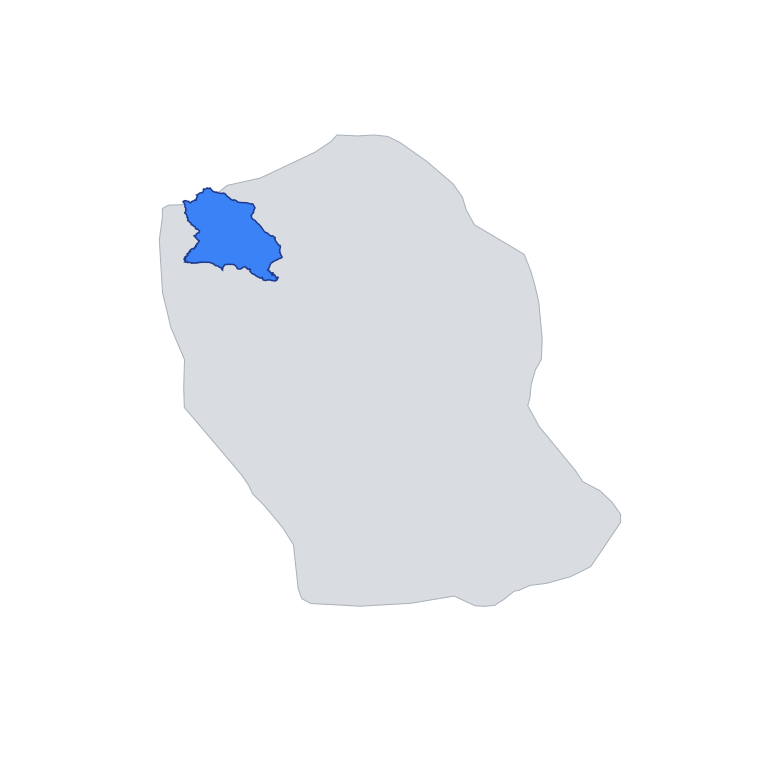 Nqoe, Butha-Buthe, Lesotho shown in context, rotated 292°
{"feature_id": "5366337B84603329335542", "entity_name": "Nqoe", "entity_type": "district", "adm_level": 2, "iso_a3": "LSO", "parent_name": "Lesotho", "parent_adm1": "Butha-Buthe", "projection": "equal_earth", "projection_center": [28.538, -28.865], "detail": "fine", "context": "in_parent", "style": "filled", "palette": "blue", "viewbox_px": 768, "rotation_deg": 292, "n_neighbors": 0, "source": "geoboundaries", "source_scale": "gbopen_adm2", "svg_char_len": 7121}
<svg xmlns="http://www.w3.org/2000/svg" viewBox="0 0 768 768"><g transform="rotate(292 384 384)"><path d="M485.5,513.6L467.8,520.0L465.3,520.6L453.9,519.1L438.8,520.6L426.9,524.2L417.6,525.5L402.5,544.1L375.2,594.3L367.9,604.8L365.9,624.5L359.6,640.1L351.8,652.2L344.2,655.2L321.4,650.4L292.2,644.1L275.1,629.0L259.9,609.1L251.9,594.7L243.5,586.7L240.6,582.3L228.7,575.6L224.2,572.1L220.2,569.7L215.4,560.1L212.5,551.7L213.6,528.4L205.1,514.5L190.6,490.8L181.5,471.4L168.9,444.8L161.2,422.0L153.1,398.5L154.1,388.3L161.6,381.4L183.7,369.5L200.9,360.4L213.1,343.5L226.5,318.4L232.9,303.3L239.4,296.4L246.5,285.7L258.9,262.1L272.7,235.8L287.5,207.6L306.3,199.4L331.9,189.9L356.5,165.3L385.8,144.4L433.2,121.8L455.3,116.1L463.7,112.8L469.1,117.1L474.7,130.0L482.8,140.8L501.4,159.7L509.4,164.2L528.6,192.1L549.2,211.2L573.0,233.1L589.1,244.1L597.3,247.1L604.1,266.6L611.0,281.1L614.9,294.6L614.0,307.8L606.5,340.0L595.5,372.9L586.7,386.6L576.0,395.2L565.5,408.2L561.5,434.5L556.7,465.5L543.1,478.3L532.5,486.6L517.8,496.9L485.5,513.6Z" fill="#d9dde1" stroke="#a8b0b8" stroke-width="1"/><path d="M499.0,198.4L501.4,195.5L501.7,195.0L501.7,194.5L501.7,194.1L501.0,193.2L500.9,191.1L500.6,189.0L500.2,187.5L499.7,186.4L498.0,181.2L498.0,180.3L498.1,179.6L498.6,178.7L498.7,176.5L498.6,176.0L498.4,175.8L497.8,175.8L497.7,175.5L497.9,172.7L498.4,171.7L499.5,167.9L500.6,165.9L500.9,165.2L500.9,163.5L500.2,163.0L499.9,162.6L499.7,160.9L499.0,159.4L499.1,158.3L499.0,157.4L499.0,157.0L499.2,156.6L499.0,156.2L498.7,156.2L498.4,155.1L498.6,154.7L498.6,153.5L498.9,152.3L500.6,149.3L500.4,149.1L499.8,148.9L499.6,148.5L499.6,147.9L499.7,147.5L499.5,147.1L499.5,146.5L498.6,146.2L498.2,145.9L497.7,145.0L497.4,144.0L497.1,143.6L496.7,143.6L496.3,143.7L495.6,144.3L494.2,144.3L493.7,144.0L493.4,143.4L492.9,143.0L492.0,141.6L491.6,141.3L490.3,140.7L490.0,140.3L489.2,140.0L489.0,139.6L488.8,140.1L487.9,140.3L486.8,140.8L486.5,140.6L485.8,140.7L485.1,140.4L484.4,141.0L483.7,140.8L483.7,140.3L483.6,139.5L481.7,138.1L481.4,137.5L480.4,137.2L479.3,136.4L479.4,136.0L480.2,134.5L479.9,134.2L479.9,133.7L479.5,132.6L479.8,131.7L479.3,130.6L478.2,129.5L477.6,129.4L477.3,130.5L476.6,131.1L476.0,131.9L475.5,132.4L474.4,132.9L474.0,132.9L473.6,133.1L472.9,134.2L472.0,134.8L471.5,134.7L471.4,134.9L470.3,135.4L470.1,135.6L468.4,135.1L468.0,135.7L467.7,135.6L467.6,137.1L467.3,137.4L466.4,137.8L465.3,139.1L464.8,138.9L464.6,139.5L464.3,140.0L463.8,140.0L463.6,140.2L462.3,140.6L461.8,141.2L461.9,142.3L461.3,142.9L460.9,144.0L461.1,144.5L460.7,144.9L460.6,145.3L459.5,145.6L459.9,147.0L459.5,147.3L459.2,147.8L459.0,148.9L459.2,149.9L458.9,150.3L457.9,150.6L457.5,151.1L457.3,152.3L457.8,152.7L458.0,153.1L457.2,154.2L457.1,154.9L456.9,155.6L456.1,155.5L455.7,155.6L455.3,156.0L454.8,155.6L454.2,154.7L453.1,153.8L451.9,154.0L450.9,153.6L450.6,152.5L450.2,152.3L449.8,153.5L449.4,154.2L448.8,155.7L448.6,155.7L448.2,156.6L448.2,157.0L447.8,157.5L447.8,158.1L447.6,158.6L447.7,159.0L447.3,159.2L446.9,158.8L446.1,158.9L445.9,158.7L445.6,158.8L445.0,158.8L444.8,158.5L444.2,158.3L443.9,158.0L443.2,158.2L442.5,157.8L442.2,157.8L442.1,157.6L441.4,157.6L441.2,157.7L441.2,158.2L440.8,158.2L440.7,157.8L440.1,157.6L440.0,157.4L439.8,157.5L439.5,157.3L438.9,157.5L438.7,157.4L438.2,157.2L437.9,156.6L438.0,156.4L437.7,156.4L437.5,155.5L437.1,155.0L436.4,154.7L436.1,154.4L435.0,154.0L434.8,154.1L434.8,154.7L434.4,154.9L434.1,154.9L433.9,154.3L433.7,154.3L433.4,153.8L433.1,154.1L432.5,153.8L432.0,153.9L431.9,153.4L431.2,153.1L430.9,152.6L430.7,152.7L430.7,153.2L430.1,153.7L430.0,153.8L429.6,153.3L428.8,153.5L428.5,153.1L428.1,152.8L428.2,152.5L428.1,152.3L427.4,152.0L427.6,152.6L427.4,152.8L426.9,152.5L426.6,152.7L426.3,152.4L425.4,153.3L425.3,153.1L425.2,152.0L425.0,151.8L424.7,151.9L424.5,152.5L423.9,152.8L424.2,153.3L424.0,153.7L423.6,154.0L422.7,153.7L422.8,153.9L423.0,154.6L422.9,154.9L423.1,155.1L422.9,155.1L423.2,155.8L423.0,156.6L423.5,157.0L424.0,157.7L423.9,158.2L424.0,158.4L423.9,158.7L424.1,159.0L424.1,159.5L423.9,160.5L424.3,161.0L424.5,161.3L424.6,161.1L424.7,161.4L424.9,161.5L425.0,162.1L424.8,162.4L425.2,163.1L425.4,163.2L425.4,163.6L425.6,164.2L426.1,164.6L426.0,165.1L426.2,165.4L426.4,165.2L426.7,165.5L426.8,165.8L427.3,166.4L427.2,166.8L427.5,167.1L427.4,167.3L427.7,167.6L427.7,167.9L428.2,168.1L428.3,168.8L428.6,169.0L428.9,169.8L428.8,170.2L429.0,170.7L429.5,171.2L429.5,171.4L429.9,172.0L430.1,173.0L430.1,173.5L431.0,175.2L431.4,177.2L431.7,177.7L431.4,178.5L431.6,179.2L431.4,179.9L431.6,181.1L431.4,181.2L431.4,181.6L431.0,182.1L430.7,183.3L430.7,183.6L430.9,183.8L430.8,184.0L431.3,185.5L430.7,187.1L430.8,187.6L430.6,188.5L430.8,189.0L430.8,189.3L430.5,189.9L429.3,190.9L429.2,191.4L429.5,191.2L430.3,191.4L432.3,190.9L433.6,191.5L434.5,191.5L435.8,192.6L435.8,193.5L436.7,194.7L437.1,195.9L437.1,196.4L437.4,197.0L437.9,197.8L438.3,199.6L438.4,200.7L438.4,201.1L437.9,202.1L437.6,203.2L436.2,204.5L436.0,205.3L436.6,207.3L437.1,208.1L439.9,210.1L440.8,211.3L440.8,211.8L440.5,212.4L439.7,213.1L439.7,213.5L440.1,214.0L439.4,214.8L439.4,215.3L439.7,215.8L440.6,216.7L440.2,217.2L439.6,217.2L439.3,217.5L438.5,217.5L438.0,217.7L438.0,218.5L437.6,219.2L437.2,219.6L437.0,220.3L436.8,221.8L437.0,222.6L437.0,223.2L436.8,223.4L436.3,224.6L436.3,225.7L435.9,226.9L436.2,227.6L435.9,229.2L435.9,229.8L436.4,231.0L436.6,231.2L437.1,231.3L436.5,232.0L435.8,232.2L435.6,232.5L435.3,232.7L435.2,233.0L435.4,233.9L435.5,235.0L435.7,235.8L436.9,236.8L437.1,238.2L437.9,238.9L437.8,239.5L437.8,240.4L438.1,242.2L438.3,242.7L438.6,243.0L438.6,244.2L439.8,245.5L440.1,245.6L439.9,245.1L439.9,244.9L440.1,244.8L442.9,246.1L443.2,245.9L443.3,245.5L443.0,244.9L442.5,244.3L442.4,243.7L442.9,243.0L443.9,242.5L444.1,242.1L444.1,241.5L443.6,240.5L443.0,239.9L442.9,239.4L443.1,239.0L443.6,238.9L443.9,239.1L444.6,239.8L445.1,240.0L445.4,239.8L445.4,239.2L445.2,238.9L445.0,238.3L444.8,237.9L444.8,237.2L444.6,236.8L444.8,236.6L445.2,236.6L445.9,235.8L445.9,235.4L445.7,235.0L445.6,234.4L446.0,233.4L446.9,233.4L447.1,233.6L447.2,233.9L447.5,234.1L449.1,233.7L450.2,234.0L451.9,233.6L452.9,234.0L453.8,233.8L454.0,233.9L454.8,234.9L455.4,234.9L455.8,235.2L455.9,235.6L456.4,236.0L457.3,236.5L458.0,237.4L458.7,237.8L459.1,237.7L459.1,238.3L459.8,239.1L461.2,239.9L462.0,241.3L463.2,241.9L463.4,242.0L463.9,241.6L464.3,241.2L464.9,239.9L465.2,239.7L465.5,239.5L465.8,239.5L466.1,239.3L466.7,238.0L467.3,238.2L468.7,237.4L468.9,236.9L470.6,236.9L472.4,236.6L473.6,235.5L473.5,235.2L473.2,234.8L473.3,234.0L473.9,233.5L474.2,233.0L474.4,232.2L475.2,231.5L475.6,230.5L476.6,229.3L477.0,229.1L477.7,228.1L478.2,228.5L478.6,228.4L479.0,228.2L479.3,226.6L479.6,225.8L479.6,224.8L479.1,223.9L478.8,223.7L479.1,222.3L480.0,220.2L480.3,218.4L480.2,217.1L480.5,215.8L481.2,215.0L482.3,213.1L482.7,212.8L483.5,211.4L483.9,210.9L484.3,209.8L484.9,208.9L485.2,208.5L485.2,207.8L485.5,206.8L487.4,203.0L487.5,202.0L487.4,201.4L487.6,200.8L487.9,200.4L488.3,199.3L489.1,198.8L490.1,197.7L491.0,198.1L492.5,197.9L493.5,198.7L494.0,198.9L494.6,198.7L495.2,198.2L499.0,198.4Z" fill="#3b82f6" stroke="#1e3a8a" stroke-width="1.5"/></g></svg>